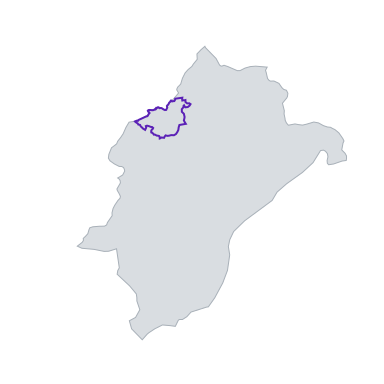 Smolyan highlighted on a map of Bulgaria, rotated 132°
{"feature_id": "BGR-2236", "entity_name": "Smolyan", "entity_type": "Province", "adm_level": 1, "iso_a3": "BGR", "parent_name": "Bulgaria", "parent_adm1": "", "projection": "mercator", "projection_center": [24.659, 41.628], "detail": "fine", "context": "in_parent", "style": "outline", "palette": "violet", "viewbox_px": 384, "rotation_deg": 132, "n_neighbors": 0, "source": "natural_earth", "source_scale": "10m", "svg_char_len": 3912}
<svg xmlns="http://www.w3.org/2000/svg" viewBox="0 0 384 384"><g transform="rotate(132 192 192)"><path d="M309.0,241.0L302.8,239.9L300.6,240.3L299.2,241.8L296.3,241.5L292.7,241.5L289.0,243.3L287.0,244.0L284.2,242.4L279.1,237.6L276.0,234.2L273.6,233.4L271.3,234.4L263.0,235.5L261.0,237.5L257.1,239.6L253.3,240.6L247.7,241.4L244.8,241.3L243.1,242.3L241.8,245.5L240.8,248.6L240.0,249.8L233.1,251.3L231.6,253.1L231.1,254.8L231.3,256.6L225.8,254.9L221.5,256.0L220.5,257.3L219.6,259.2L220.1,261.3L221.7,263.2L223.1,268.5L223.7,273.8L222.8,276.8L219.6,279.0L213.0,281.4L206.7,280.2L203.9,281.2L199.2,281.5L194.9,282.1L188.2,284.3L182.2,285.5L176.8,281.1L170.4,278.1L163.7,276.3L161.3,277.6L160.3,278.7L154.7,274.8L152.2,273.4L150.9,271.9L148.6,266.6L147.2,266.5L142.6,268.4L138.1,268.3L135.4,268.0L127.4,268.2L126.3,271.7L125.3,272.3L123.6,272.8L119.4,272.6L113.9,275.2L108.1,276.8L103.5,276.8L98.8,276.1L96.0,276.6L89.9,276.9L86.1,280.7L80.1,280.5L75.1,279.9L75.7,278.7L76.7,263.4L79.2,256.5L79.1,255.1L78.6,254.1L76.4,253.0L74.8,249.3L71.5,239.5L69.6,237.5L64.4,235.5L59.8,232.6L55.9,228.9L48.9,219.7L52.4,218.8L53.5,216.9L57.1,211.8L57.5,209.3L57.1,207.9L54.7,205.4L53.1,200.1L54.3,195.1L54.4,192.5L53.2,189.9L54.5,186.8L57.1,185.0L58.7,184.5L65.5,184.2L69.8,177.8L72.4,175.8L75.1,172.1L76.3,170.8L77.5,168.0L77.9,165.1L72.5,161.0L70.7,158.0L68.3,154.6L65.0,152.3L58.5,148.3L56.0,144.2L54.8,138.9L53.1,134.9L51.2,132.3L50.8,130.2L50.0,127.6L49.8,122.4L51.4,115.6L52.4,113.2L54.6,112.5L60.5,108.9L60.8,104.2L61.8,101.3L63.7,99.6L65.4,98.5L68.6,101.2L76.4,105.5L80.3,108.7L80.1,110.6L78.3,112.6L74.9,114.5L72.9,117.0L72.4,120.1L72.9,122.3L75.2,124.2L89.2,121.7L103.5,123.0L122.6,127.2L135.2,128.7L144.6,126.8L161.9,130.3L178.0,133.6L193.5,134.6L202.2,132.0L208.2,128.5L213.5,121.9L226.5,113.2L239.0,108.3L255.4,104.3L266.4,103.0L268.0,104.3L281.9,112.4L288.2,112.4L293.2,113.8L295.0,115.9L296.3,116.4L303.0,114.5L305.9,118.8L310.6,125.0L318.5,128.1L325.5,129.9L327.7,130.2L335.1,130.1L334.1,145.3L329.6,152.4L323.0,150.0L314.4,152.0L309.9,160.0L307.3,162.4L305.0,165.2L303.5,175.6L303.2,192.6L300.0,194.6L297.0,195.3L284.7,210.1L291.8,214.3L294.9,217.5L300.1,226.3L307.5,236.2L309.0,241.0Z" fill="#d9dde1" stroke="#a8b0b8" stroke-width="1"/><path d="M138.4,268.9L138.0,268.8L137.9,268.4L138.0,267.9L138.0,267.4L137.1,266.8L136.3,266.0L135.5,266.1L134.6,266.4L133.9,266.9L128.4,262.3L129.6,261.5L130.5,260.4L129.2,259.5L128.8,258.8L128.1,258.4L129.5,257.0L129.4,255.0L128.7,254.1L127.9,253.4L127.7,251.9L129.4,251.6L131.7,252.0L133.5,253.6L133.3,254.8L132.9,255.9L133.8,255.9L134.6,255.1L137.3,255.0L139.2,253.2L139.3,250.4L141.2,247.7L142.6,246.8L144.3,245.9L145.0,244.0L145.5,242.2L150.6,246.2L152.8,245.2L155.0,243.7L157.4,243.0L159.7,242.7L161.9,243.4L163.6,245.5L165.6,246.8L166.8,247.9L167.6,249.5L169.2,249.4L170.4,249.0L172.1,251.4L173.0,251.4L173.8,251.8L173.0,252.6L172.4,253.9L172.9,254.9L173.7,256.0L174.2,258.1L174.9,258.7L174.6,259.9L174.6,261.4L175.0,261.9L174.8,262.4L173.7,263.3L172.4,263.6L171.4,263.4L170.4,263.7L170.4,265.1L171.2,266.2L171.9,268.1L172.8,269.8L173.9,270.4L174.8,269.1L177.2,268.4L177.7,271.2L177.4,272.0L177.6,272.6L177.5,274.1L176.9,275.5L177.3,276.2L177.8,277.0L177.6,277.5L177.4,278.1L177.8,281.0L177.7,281.6L176.0,280.8L175.8,280.6L175.5,280.0L175.4,279.8L175.1,279.8L174.4,280.0L166.9,276.8L165.5,275.9L164.9,275.9L164.4,276.0L163.4,276.3L161.7,276.4L161.5,277.2L161.6,278.3L161.2,279.2L160.3,279.2L159.3,278.3L157.8,276.2L156.9,275.4L156.0,275.0L155.1,274.9L154.1,274.9L154.4,274.3L152.8,274.3L152.1,274.2L151.4,273.5L151.4,273.3L151.5,272.6L151.5,272.3L151.3,272.1L150.9,271.8L150.7,271.6L150.4,271.3L150.2,271.0L150.0,270.7L149.9,270.2L149.7,268.5L149.2,266.9L148.2,266.1L146.9,266.6L145.9,266.8L144.9,268.2L144.3,268.3L143.3,268.2L142.6,268.2L141.0,268.7L140.6,268.7L139.4,268.6L139.0,268.6L138.7,268.8L138.4,268.9Z" fill="none" stroke="#5b21b6" stroke-width="2"/></g></svg>